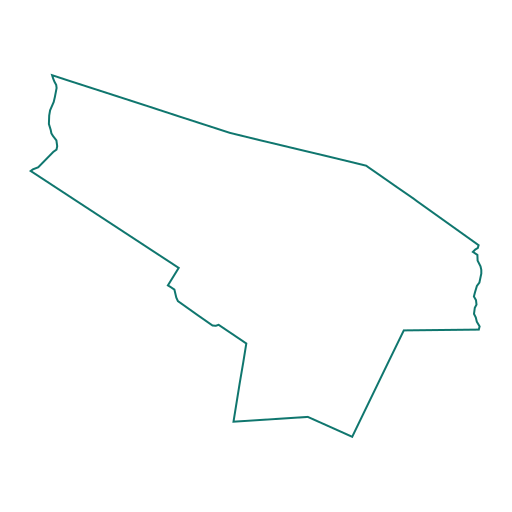 outline of Governador Dix-Sept Rosado, Rio Grande do Norte, Brazil
{"feature_id": "56859067B58375140928534", "entity_name": "Governador Dix-Sept Rosado", "entity_type": "district", "adm_level": 2, "iso_a3": "BRA", "parent_name": "Brazil", "parent_adm1": "Rio Grande do Norte", "projection": "robinson", "projection_center": [-37.543, -5.403], "detail": "fine", "context": "isolated", "style": "outline", "palette": "teal", "viewbox_px": 512, "rotation_deg": 0, "n_neighbors": 0, "source": "geoboundaries", "source_scale": "gbopen_adm2", "svg_char_len": 974}
<svg xmlns="http://www.w3.org/2000/svg" viewBox="0 0 512 512"><path d="M53.4,151.8L38.2,167.3L33.0,169.3L30.7,171.0L178.7,267.9L167.9,285.4L170.4,286.9L174.4,289.6L176.3,297.6L177.9,301.1L197.6,315.1L212.5,325.5L215.8,325.8L218.6,324.8L246.3,343.5L243.2,362.7L239.7,383.2L233.5,421.7L307.8,416.9L352.2,436.8L363.8,412.8L388.5,361.8L403.8,330.4L478.8,329.6L479.6,326.4L476.8,321.7L475.8,317.5L474.0,313.9L474.8,307.8L476.5,304.6L476.0,300.2L473.9,296.5L474.9,292.6L476.9,285.9L479.4,282.6L481.3,273.6L481.3,269.9L480.5,266.3L477.6,260.6L477.4,254.9L472.9,251.9L475.3,249.5L477.8,248.0L478.6,245.2L417.1,201.3L413.8,198.8L396.4,186.8L374.2,171.3L368.4,167.3L366.2,165.7L333.3,157.7L259.9,140.2L230.0,132.9L179.6,116.6L143.2,104.7L66.7,80.0L52.1,75.2L53.1,78.4L54.4,81.6L56.2,84.9L56.6,88.0L54.9,96.9L53.7,102.0L50.1,110.3L49.2,115.5L48.9,124.0L50.7,129.9L51.4,133.4L53.0,136.0L56.4,140.4L57.2,146.2L56.5,149.6L53.4,151.8Z" fill="none" stroke="#0f766e" stroke-width="2"/></svg>